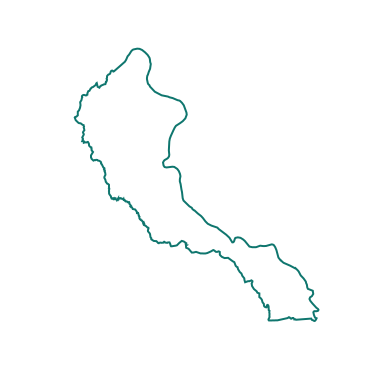 Magangué, Bolívar, Colombia, rotated 348°
{"feature_id": "7082276B80599061362425", "entity_name": "Magangué", "entity_type": "district", "adm_level": 2, "iso_a3": "COL", "parent_name": "Colombia", "parent_adm1": "Bolívar", "projection": "natural_earth1", "projection_center": [-74.76, 9.142], "detail": "fine", "context": "isolated", "style": "outline", "palette": "teal", "viewbox_px": 384, "rotation_deg": 348, "n_neighbors": 0, "source": "geoboundaries", "source_scale": "gbopen_adm2", "svg_char_len": 6031}
<svg xmlns="http://www.w3.org/2000/svg" viewBox="0 0 384 384"><g transform="rotate(348 192 192)"><path d="M287.6,341.4L286.3,340.5L286.0,339.4L285.7,337.4L285.7,334.9L286.2,334.3L286.9,334.0L289.0,334.5L290.5,334.4L290.8,334.2L291.2,333.5L290.9,332.6L289.6,331.1L286.7,326.2L285.2,323.3L284.7,321.4L284.7,321.0L285.6,319.6L287.6,318.8L289.4,316.9L289.6,313.7L285.2,310.8L284.9,309.2L285.1,306.6L284.7,304.7L284.7,303.3L283.2,299.8L281.0,296.2L279.8,291.9L279.0,290.4L277.3,287.9L277.0,288.1L272.6,284.4L267.0,280.4L266.1,279.4L264.6,277.1L264.4,277.2L262.9,274.1L262.5,266.4L261.9,263.2L261.0,261.0L260.1,260.2L259.0,259.8L253.1,260.2L250.4,259.7L247.5,258.7L243.3,259.3L239.4,258.5L236.8,257.3L233.5,250.9L232.1,249.0L229.9,246.9L227.4,245.9L224.9,245.9L224.1,246.8L223.0,248.8L222.2,249.6L221.5,249.8L220.9,249.6L219.1,244.5L216.6,240.9L210.5,233.9L209.4,232.1L204.0,228.9L200.8,226.3L199.0,223.5L197.3,219.8L195.9,217.4L193.2,214.2L190.5,210.4L190.1,210.3L188.9,208.8L188.5,207.4L186.5,205.5L181.9,198.6L181.6,196.1L182.2,190.1L182.2,187.2L182.5,181.8L182.3,179.1L182.8,176.9L183.9,174.4L184.0,173.6L184.0,171.8L183.5,168.9L182.4,166.4L179.9,163.8L178.1,163.2L172.2,162.7L170.4,161.9L169.7,160.2L169.8,157.1L170.9,155.8L171.8,155.1L174.6,154.2L175.7,153.6L176.9,152.4L177.5,150.9L178.0,146.5L180.3,137.9L181.4,135.2L183.0,132.7L186.7,127.7L188.6,125.3L190.1,123.9L194.6,122.2L197.7,120.8L200.8,118.6L202.9,115.3L203.1,113.2L202.0,105.5L200.7,102.6L199.3,100.5L198.6,99.9L197.0,99.2L192.6,96.1L189.7,94.7L188.4,93.7L182.4,91.1L176.5,86.2L172.8,80.1L172.6,78.8L171.6,77.3L171.4,76.1L171.4,72.2L171.7,71.0L172.4,69.1L173.3,68.0L174.7,65.5L176.6,62.8L178.3,58.2L178.1,56.3L178.4,53.4L178.3,51.8L177.1,48.7L175.1,45.6L172.7,42.7L170.5,41.1L168.2,40.4L164.6,40.4L163.5,40.6L161.9,41.6L159.1,44.5L157.2,45.9L155.1,48.9L153.5,50.6L140.8,57.7L140.1,57.8L139.8,57.1L139.1,56.6L138.3,56.7L137.6,57.3L136.5,59.2L135.7,59.6L134.7,59.7L133.5,60.5L133.0,61.0L132.6,62.6L132.0,63.5L132.2,63.8L132.2,64.6L131.5,65.9L130.8,66.2L130.8,66.8L130.3,67.1L130.0,68.1L129.7,68.5L128.0,68.4L127.5,68.6L125.3,69.0L124.6,69.5L124.1,69.6L123.1,70.7L121.6,69.5L121.5,65.6L120.9,65.9L120.2,67.2L117.1,68.7L115.7,68.9L114.8,69.7L114.4,69.7L112.7,71.7L111.5,71.8L110.4,73.4L109.9,75.0L109.3,75.0L109.0,75.5L108.2,75.5L106.6,74.6L105.8,74.5L104.6,75.0L104.2,75.6L104.3,76.6L103.9,77.0L103.0,79.1L101.3,80.9L101.0,83.9L100.0,86.3L98.5,88.6L97.0,89.7L96.2,93.3L94.5,94.3L93.4,94.3L92.8,94.8L93.2,97.6L95.2,100.6L95.7,101.1L97.4,101.7L99.0,103.6L99.9,104.1L99.8,104.6L100.0,105.6L99.5,106.3L99.6,108.0L99.5,109.3L98.2,110.3L97.7,111.3L98.1,112.3L98.1,113.3L96.0,115.8L96.4,117.0L96.0,117.6L96.2,118.1L95.2,119.5L96.6,119.9L96.5,120.3L96.9,120.5L96.6,121.3L97.6,121.2L99.3,121.6L100.2,121.3L100.6,121.4L101.2,123.2L101.0,125.3L101.8,126.7L102.8,127.4L102.6,128.4L102.8,128.5L102.5,130.4L103.5,132.3L100.8,135.2L100.4,137.2L100.5,137.8L100.7,138.1L100.7,138.7L102.1,140.8L103.4,140.5L103.9,140.8L104.9,140.6L106.1,141.0L106.5,141.7L107.6,142.1L109.0,143.4L109.2,144.5L109.0,145.1L109.3,145.4L109.3,146.2L109.7,146.7L110.3,149.3L111.3,150.6L111.1,151.2L110.6,151.4L110.7,152.0L110.9,152.0L111.2,152.7L110.9,153.0L111.0,153.8L110.8,153.9L111.1,155.2L110.9,157.2L109.5,158.9L109.2,159.9L109.8,162.0L109.8,164.2L110.3,164.8L110.5,165.9L111.9,167.0L112.3,167.7L111.7,170.4L111.8,171.3L111.4,171.6L111.6,172.1L110.9,173.9L111.0,174.5L110.6,175.8L110.7,177.0L111.8,179.4L111.7,180.2L112.0,181.7L113.3,181.6L113.4,182.6L113.9,182.9L114.7,182.9L114.9,182.6L115.0,182.9L115.0,182.4L115.4,182.4L115.3,182.1L115.9,182.2L115.9,183.1L116.5,183.9L117.1,184.1L117.1,184.4L117.7,184.0L117.7,183.6L118.3,183.0L118.2,183.4L118.7,183.1L118.8,183.5L119.1,183.0L119.6,183.2L119.6,182.9L121.1,183.2L122.0,184.1L122.6,184.2L123.0,184.7L123.4,184.8L123.6,184.6L123.6,185.6L124.3,185.7L124.4,186.4L124.8,186.5L125.1,187.4L126.0,187.5L126.9,188.2L126.9,188.6L128.1,188.8L127.9,189.2L128.5,189.8L128.3,190.5L129.1,191.9L129.2,192.4L129.0,192.7L129.3,192.9L128.9,193.3L129.3,193.5L129.3,194.2L130.0,194.4L130.3,195.2L130.5,196.3L132.8,197.3L133.9,199.8L133.8,200.8L134.1,200.7L134.3,201.2L134.9,201.3L135.0,202.7L134.9,203.4L135.2,203.9L135.0,204.5L135.5,205.3L135.2,205.8L135.1,206.8L135.4,207.8L136.1,208.2L136.1,208.8L137.1,209.5L137.3,210.4L137.8,210.8L137.8,211.3L138.2,211.3L138.0,212.2L138.2,212.6L138.6,212.5L138.7,213.1L137.9,213.3L138.2,213.9L138.1,214.3L139.7,215.5L141.1,217.5L141.9,217.9L141.9,218.5L140.9,220.3L140.8,221.4L141.9,223.4L142.2,224.4L142.0,227.6L142.6,228.8L142.3,229.5L142.4,229.9L144.4,231.9L147.0,232.7L148.3,234.9L148.9,235.2L149.4,234.9L150.5,234.9L151.4,235.3L153.6,235.6L154.3,234.9L154.7,235.0L155.3,235.9L157.2,236.6L158.0,236.3L159.5,236.6L159.9,238.3L160.0,240.2L160.2,240.7L161.0,240.9L165.0,241.1L166.2,241.0L168.9,239.2L171.8,237.7L173.7,238.7L175.7,240.9L175.0,241.5L175.0,242.4L175.7,242.8L175.1,243.0L174.9,243.5L174.7,245.3L176.8,246.8L179.2,251.2L180.8,251.5L183.5,251.4L187.5,253.8L192.2,254.9L194.2,254.9L198.0,254.1L200.7,253.2L201.7,253.9L202.8,255.4L204.0,255.8L205.8,255.6L206.7,256.4L206.2,259.0L206.3,259.5L207.7,261.6L210.1,263.4L213.6,263.9L217.5,268.3L218.8,269.4L219.4,273.3L220.2,274.5L220.9,275.0L221.0,277.1L222.1,280.2L223.4,282.0L223.8,284.5L225.2,287.3L225.0,288.9L225.2,291.3L228.3,290.9L229.5,291.2L231.8,290.8L232.6,291.8L232.3,292.6L231.3,293.9L231.2,296.5L232.4,299.8L234.6,302.6L235.0,304.1L236.8,305.2L236.0,308.8L237.2,310.3L237.9,311.8L238.1,314.7L239.0,316.3L238.8,317.8L238.9,318.9L239.8,319.9L240.9,320.3L241.3,319.9L241.7,318.4L242.6,318.2L243.0,318.8L243.1,319.9L242.5,323.5L243.1,324.3L242.6,325.6L242.5,327.2L241.9,329.6L241.9,330.4L240.3,332.5L240.3,333.2L240.6,333.7L249.0,335.3L259.4,335.2L260.6,334.6L261.3,334.9L261.5,335.4L262.3,336.1L262.5,336.5L263.1,336.6L264.0,336.1L264.9,336.3L265.3,337.0L265.6,337.8L265.8,337.9L265.9,337.5L265.8,337.9L266.5,337.9L267.3,338.6L282.3,340.6L282.7,342.0L283.8,342.7L284.8,343.6L285.7,343.5L286.8,342.5L287.6,341.4Z" fill="none" stroke="#0f766e" stroke-width="2"/></g></svg>